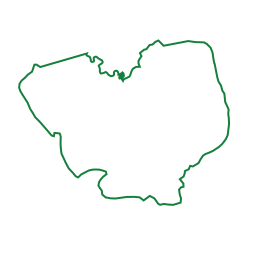 Kerian, Perak, Malaysia (Albers equal-area conic projection), rotated 352°
{"feature_id": "92858781B48608892505394", "entity_name": "Kerian", "entity_type": "district", "adm_level": 2, "iso_a3": "MYS", "parent_name": "Malaysia", "parent_adm1": "Perak", "projection": "albers", "projection_center": [100.545, 4.99], "detail": "fine", "context": "isolated", "style": "outline", "palette": "green", "viewbox_px": 256, "rotation_deg": 352, "n_neighbors": 0, "source": "geoboundaries", "source_scale": "gbopen_adm2", "svg_char_len": 2574}
<svg xmlns="http://www.w3.org/2000/svg" viewBox="0 0 256 256"><g transform="rotate(352 128 128)"><path d="M170.3,45.6L166.8,46.6L165.5,47.8L163.5,48.8L161.0,48.8L159.0,50.7L157.2,52.5L154.9,52.7L150.3,55.4L151.3,58.8L149.2,61.1L147.8,62.9L147.4,65.5L148.2,69.0L144.6,68.6L141.1,70.0L139.5,72.1L137.6,75.9L136.4,77.4L134.4,78.0L131.7,78.8L130.1,79.6L129.6,80.6L128.6,78.6L129.5,77.7L130.4,76.7L131.2,75.8L131.2,75.1L130.5,75.1L129.7,75.3L128.9,75.3L128.4,76.7L128.1,77.5L126.6,77.8L126.3,77.1L126.8,75.8L127.2,74.7L128.4,74.3L129.5,74.7L131.1,74.1L131.0,73.2L130.5,72.5L130.2,72.2L129.2,73.0L128.1,73.3L127.3,73.7L126.5,74.1L125.9,74.0L126.1,72.9L125.9,71.9L125.7,70.8L125.1,70.0L124.7,69.7L123.8,69.7L122.6,70.0L121.8,71.1L121.7,72.2L121.6,73.0L121.1,73.8L120.3,74.2L118.2,74.3L115.8,72.3L115.3,71.1L114.4,69.9L113.5,69.5L112.0,70.0L110.7,70.2L109.6,70.3L108.7,70.2L108.1,69.2L108.0,68.0L108.2,66.7L108.3,65.5L108.2,64.3L107.9,63.1L107.7,62.3L108.4,61.6L110.4,60.7L111.4,60.2L111.9,59.6L112.1,59.0L111.7,57.5L108.5,55.1L106.7,53.1L105.7,52.9L104.4,53.2L103.7,53.9L103.7,54.8L103.7,55.8L103.7,56.8L103.2,57.5L101.7,57.5L101.1,57.4L100.6,56.6L100.6,55.1L100.4,53.4L100.0,52.2L99.0,51.6L97.5,50.7L96.9,49.6L97.6,48.5L49.6,55.4L46.2,52.5L44.1,52.3L40.8,58.9L36.3,61.2L32.8,64.0L29.3,66.2L26.8,69.1L25.8,72.9L26.5,76.4L28.1,80.2L30.6,85.7L32.2,89.2L33.8,95.5L36.0,100.3L37.6,104.4L39.8,107.3L41.7,109.9L47.5,118.8L49.7,122.3L51.3,124.8L53.5,125.8L54.5,122.6L59.6,123.9L60.2,127.0L59.2,133.1L58.9,135.6L58.6,140.1L58.6,144.2L59.9,148.4L61.5,153.8L63.7,159.8L67.5,165.2L69.4,168.4L71.7,170.0L75.2,167.5L79.6,165.9L83.4,164.6L87.2,164.3L90.1,164.6L93.6,165.2L96.8,166.5L100.0,168.1L100.3,170.7L96.5,172.9L93.9,175.1L92.0,177.3L90.7,180.8L91.7,183.4L93.0,185.6L93.3,186.6L93.3,190.4L96.2,193.6L100.9,195.2L106.0,196.1L109.8,196.1L111.8,196.1L117.2,196.1L124.8,197.1L129.9,198.3L133.4,201.9L140.1,198.3L144.2,201.2L145.8,204.1L147.1,206.9L149.0,208.5L152.8,208.2L157.6,209.5L162.1,210.4L169.7,209.2L170.7,205.0L170.0,201.2L170.0,196.1L172.2,194.2L174.8,193.9L175.1,190.7L172.2,185.9L176.4,183.7L178.0,180.5L178.3,178.6L182.4,177.3L184.3,174.2L186.9,175.1L192.9,172.6L195.5,169.1L198.3,165.9L200.9,164.6L205.3,163.6L209.2,162.4L215.2,159.5L219.0,157.0L223.2,152.8L225.7,149.0L228.6,138.2L229.2,132.4L229.2,128.0L230.2,123.8L229.2,120.0L227.9,115.9L228.2,107.3L226.7,104.4L226.0,99.0L224.1,94.6L223.5,90.4L222.7,76.3L222.5,76.1L222.2,71.7L222.2,65.0L220.9,59.9L217.7,55.7L215.2,53.8L206.6,52.3L199.8,50.3L174.7,51.5L170.3,45.6Z" fill="none" stroke="#15803d" stroke-width="2"/></g></svg>